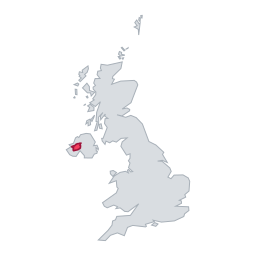 Omagh on a map of United Kingdom (orthographic projection)
{"feature_id": "GBR-2084", "entity_name": "Omagh", "entity_type": "District", "adm_level": 1, "iso_a3": "GBR", "parent_name": "United Kingdom", "parent_adm1": "", "projection": "orthographic", "projection_center": [-7.284, 54.591], "detail": "fine", "context": "in_parent", "style": "filled", "palette": "rose", "viewbox_px": 256, "rotation_deg": 0, "n_neighbors": 0, "source": "natural_earth", "source_scale": "10m", "svg_char_len": 4376}
<svg xmlns="http://www.w3.org/2000/svg" viewBox="0 0 256 256"><path d="M138.7,203.8L128.1,211.7L124.7,211.4L120.2,207.9L115.9,208.6L117.6,206.7L113.8,205.1L107.2,207.8L104.3,206.2L102.5,202.7L116.3,192.9L118.2,188.4L116.9,187.1L116.3,180.7L109.2,183.3L114.1,176.1L120.1,172.4L125.5,171.3L128.4,172.9L127.4,170.2L128.6,169.5L130.6,171.9L132.7,171.6L128.5,167.7L130.0,163.0L128.4,160.8L130.0,158.3L130.1,153.8L126.5,155.1L120.9,146.3L122.2,141.9L127.1,137.9L121.0,138.4L116.3,142.1L112.7,140.9L109.7,142.8L106.0,141.1L105.0,144.4L102.2,141.0L101.7,138.4L103.1,138.3L107.2,127.5L104.5,123.5L105.1,118.7L107.9,118.4L104.8,116.2L105.3,114.0L100.7,119.7L100.4,116.1L102.9,112.5L98.6,117.1L98.7,122.2L96.9,130.2L94.5,130.8L97.3,121.6L96.0,121.4L96.7,112.3L100.4,101.7L95.3,106.5L89.7,102.8L94.2,99.9L92.7,98.9L95.7,94.7L95.9,92.0L93.2,89.1L93.1,87.2L95.5,85.5L93.7,83.1L95.1,78.6L100.0,78.5L97.1,74.7L97.8,71.2L101.4,70.6L100.4,68.1L101.1,64.3L107.4,65.2L122.2,61.9L120.9,68.5L112.8,76.4L112.4,78.6L114.4,79.2L111.6,84.3L120.7,81.1L134.2,80.4L136.6,82.1L137.8,84.9L131.0,102.7L122.2,109.0L127.0,108.0L129.7,109.4L129.6,110.8L122.0,115.9L117.0,114.8L125.7,117.3L130.8,115.4L136.2,117.6L142.4,124.0L148.9,141.5L155.9,145.0L163.8,152.3L162.5,154.4L167.3,162.5L162.3,160.3L157.6,161.1L162.1,161.3L169.8,167.9L171.2,171.4L167.9,177.1L171.0,178.7L174.1,175.1L183.0,174.9L188.2,177.9L189.7,181.3L189.0,191.0L184.8,194.6L185.7,197.1L179.3,200.3L181.3,200.9L181.5,203.3L175.7,206.2L188.6,206.8L188.9,210.5L184.6,213.8L183.8,216.5L174.4,220.9L161.5,222.1L153.1,220.2L154.3,221.6L145.4,224.3L146.4,226.3L145.5,226.9L132.7,225.4L127.5,227.4L124.3,235.7L117.4,232.9L110.4,235.3L105.4,240.6L98.3,240.0L108.1,230.3L112.0,225.2L112.6,221.0L115.5,219.8L116.8,216.4L130.4,215.4L138.7,203.8ZM92.0,158.0L84.3,157.9L84.4,155.7L80.0,150.7L76.1,156.4L72.7,156.2L69.7,154.7L66.3,149.7L71.0,146.8L69.1,144.7L73.5,143.3L75.5,137.9L77.4,136.6L78.8,137.5L80.6,134.7L86.2,133.4L90.3,133.9L95.3,142.0L93.5,145.7L97.0,145.2L98.4,148.5L98.3,149.7L96.0,147.6L96.3,151.0L97.4,151.2L96.9,153.3L94.3,154.1L92.0,158.0ZM88.4,68.8L87.1,72.4L84.6,74.4L86.0,75.9L80.2,81.6L78.8,80.2L81.3,78.0L79.1,76.3L79.9,75.4L78.8,74.4L79.4,71.8L82.7,72.5L82.2,70.2L88.0,65.9L88.4,68.8ZM89.3,86.5L89.5,90.5L94.7,92.2L91.2,96.0L90.6,92.8L87.4,92.8L82.5,87.9L86.9,83.2L89.3,86.5ZM136.7,20.0L139.1,23.8L140.1,23.1L138.7,35.0L138.3,29.3L134.2,27.0L137.1,25.7L134.8,22.6L136.7,20.0ZM93.9,110.5L87.8,111.6L89.7,107.5L87.6,105.9L90.1,104.3L94.0,107.4L93.9,110.5ZM113.2,170.5L116.6,172.6L112.8,176.3L110.4,173.8L110.2,171.2L113.2,170.5ZM90.0,119.1L90.6,124.7L88.1,125.8L88.1,122.2L85.9,124.0L86.8,120.7L90.0,119.1ZM121.6,52.4L121.5,54.3L124.9,55.1L120.6,56.1L118.5,54.2L119.4,51.5L121.6,52.4ZM102.2,128.8L99.5,128.2L99.0,124.4L101.1,123.8L102.2,128.8ZM158.0,224.0L155.8,226.3L151.6,225.1L154.7,222.6L158.0,224.0ZM91.9,121.5L90.7,119.9L94.6,115.1L93.8,117.5L91.9,121.5ZM77.5,83.0L78.8,84.1L77.8,86.0L74.1,84.6L77.5,83.0ZM77.0,94.7L75.5,94.4L75.2,89.2L76.8,89.4L77.0,94.7ZM140.1,21.7L138.7,20.0L139.2,17.5L140.3,18.1L140.1,21.7ZM124.9,50.3L124.0,50.9L121.3,47.7L122.1,47.2L124.9,50.3ZM120.8,58.7L119.6,59.0L118.2,56.5L119.5,56.5L120.8,58.7ZM142.2,15.4L142.0,18.0L141.0,17.8L140.8,15.5L142.2,15.4ZM127.9,48.4L125.5,49.4L128.1,47.8L127.9,48.4ZM88.0,97.7L87.2,98.0L86.2,96.6L87.5,96.0L88.0,97.7ZM123.6,57.8L122.9,59.3L122.1,58.0L123.6,57.8ZM85.2,104.8L83.6,105.5L85.7,103.9L85.2,104.8ZM75.1,97.8L74.1,98.1L73.7,97.6L74.7,96.7L75.1,97.8Z" fill="#d9dde1" stroke="#a8b0b8" stroke-width="1"/><path d="M72.0,147.2L71.7,146.7L72.2,146.2L72.7,146.2L73.3,145.9L73.5,145.9L73.5,146.0L73.9,145.7L74.3,145.7L74.5,145.9L74.8,145.6L75.1,145.3L75.4,144.8L76.1,144.5L76.3,144.0L76.7,144.0L76.8,144.1L77.1,143.8L77.6,143.6L78.7,143.7L79.0,143.4L79.8,143.3L80.0,143.1L80.3,143.1L80.6,143.3L80.9,143.3L80.8,143.6L80.4,143.8L80.1,144.0L80.2,144.8L80.0,145.2L80.4,145.4L80.2,145.7L80.4,145.8L80.6,146.6L80.5,147.2L80.3,147.6L80.4,147.8L80.4,148.0L80.0,148.4L79.7,148.4L79.7,148.7L79.0,148.9L78.8,149.3L78.7,149.4L78.5,149.5L78.4,149.3L78.0,149.4L77.4,149.7L77.3,149.9L77.1,150.0L76.9,149.9L76.3,150.1L75.9,150.1L75.7,150.3L75.0,150.1L74.8,150.4L74.4,150.4L73.9,150.8L73.6,150.6L73.5,150.3L73.3,150.3L73.3,149.7L73.1,149.2L73.2,148.9L73.1,148.7L73.3,147.9L73.6,147.9L73.6,147.7L72.9,147.5L72.4,147.2L72.0,147.2Z" fill="#f43f5e" stroke="#9f1239" stroke-width="1.5"/></svg>